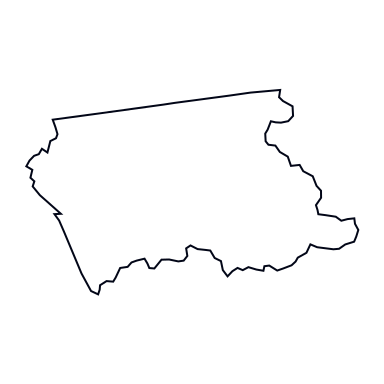 outline of Lagoa do Ouro, Pernambuco, Brazil, rotated 267°
{"feature_id": "56859067B65394251684100", "entity_name": "Lagoa do Ouro", "entity_type": "district", "adm_level": 2, "iso_a3": "BRA", "parent_name": "Brazil", "parent_adm1": "Pernambuco", "projection": "robinson", "projection_center": [-36.48, -9.167], "detail": "fine", "context": "isolated", "style": "outline", "palette": "ink", "viewbox_px": 384, "rotation_deg": 267, "n_neighbors": 0, "source": "geoboundaries", "source_scale": "gbopen_adm2", "svg_char_len": 1457}
<svg xmlns="http://www.w3.org/2000/svg" viewBox="0 0 384 384"><g transform="rotate(267 192 192)"><path d="M145.4,356.1L151.7,353.1L157.2,352.7L156.8,345.9L155.5,339.6L159.8,334.3L161.9,324.1L163.2,317.0L167.5,316.4L172.4,315.1L179.5,320.6L186.5,320.9L191.6,316.7L201.4,313.4L206.9,304.2L213.4,300.9L212.9,292.2L222.3,289.5L227.4,281.8L234.0,277.7L235.2,270.8L238.8,268.2L246.5,268.2L250.3,270.8L258.5,274.5L257.2,279.1L256.6,284.5L257.7,291.8L262.7,296.9L272.3,296.9L278.1,287.6L282.1,283.9L289.3,285.4L288.2,255.6L286.3,234.3L281.9,179.4L280.8,168.3L274.8,97.1L271.5,56.7L263.9,59.0L256.8,60.7L252.8,59.0L250.3,53.2L239.0,49.7L243.0,44.4L237.8,41.0L236.4,36.2L231.9,31.4L226.3,27.9L222.5,33.7L214.7,31.4L210.9,35.1L205.9,33.2L196.8,39.9L177.1,59.9L177.1,53.5L170.5,57.8L159.3,62.0L116.4,77.4L98.4,86.0L94.7,92.9L99.3,94.7L103.7,95.3L107.5,102.0L106.6,108.6L110.6,111.3L119.9,116.3L120.6,123.8L124.8,127.9L126.4,133.2L127.9,141.1L123.0,143.7L118.3,145.4L117.6,150.4L126.0,158.0L125.8,165.6L123.4,174.7L123.9,180.1L128.4,184.0L136.0,183.2L138.7,187.7L134.7,194.6L133.5,202.1L132.6,207.2L124.9,211.2L121.5,217.3L112.4,218.7L105.9,223.1L110.8,228.2L113.8,233.5L111.3,238.6L114.0,244.4L111.2,252.2L109.6,259.2L114.1,260.4L114.5,265.3L109.1,273.0L110.8,278.9L113.6,287.6L117.1,291.8L120.9,294.2L125.3,303.1L133.5,307.5L130.3,314.1L127.4,330.2L127.6,335.9L131.6,342.3L133.9,351.3L138.9,353.7L145.4,356.1Z" fill="none" stroke="#020617" stroke-width="2"/></g></svg>